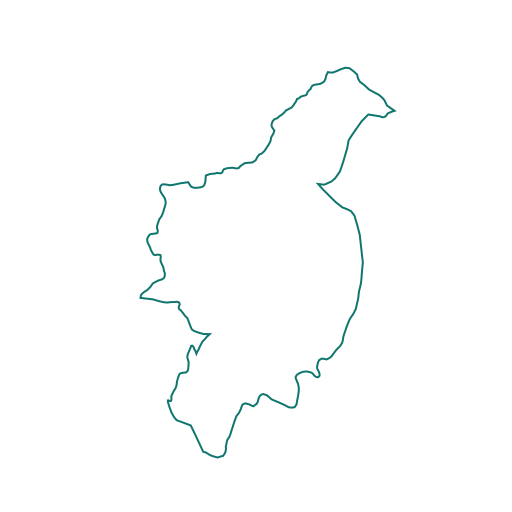 Coatepec, Puebla, Mexico (Mercator projection), rotated 194°
{"feature_id": "50627088B61937823223292", "entity_name": "Coatepec", "entity_type": "district", "adm_level": 2, "iso_a3": "MEX", "parent_name": "Mexico", "parent_adm1": "Puebla", "projection": "mercator", "projection_center": [-97.728, 20.055], "detail": "fine", "context": "isolated", "style": "outline", "palette": "teal", "viewbox_px": 512, "rotation_deg": 194, "n_neighbors": 0, "source": "geoboundaries", "source_scale": "gbopen_adm2", "svg_char_len": 5224}
<svg xmlns="http://www.w3.org/2000/svg" viewBox="0 0 512 512"><g transform="rotate(194 256 256)"><path d="M148.3,221.4L147.4,224.0L146.7,227.2L146.3,229.4L146.5,233.9L146.5,237.9L146.7,240.9L147.2,243.9L147.5,246.9L147.5,253.3L147.9,257.8L148.9,263.4L150.8,275.7L152.4,279.9L160.4,301.5L165.2,310.4L170.2,318.9L174.6,322.5L178.8,323.4L184.1,324.1L192.0,327.7L207.2,336.8L213.2,340.9L207.0,341.7L200.9,346.5L198.0,350.5L195.0,358.4L194.2,367.8L193.6,382.4L194.1,390.7L191.8,397.5L186.1,412.3L181.2,420.5L176.3,420.9L169.4,421.5L166.8,421.2L165.3,421.8L163.9,423.1L163.3,424.5L162.7,426.1L161.6,427.0L159.3,428.8L156.7,430.4L165.3,433.7L169.0,438.1L171.5,440.0L175.5,442.0L186.4,444.8L192.4,448.1L197.4,450.2L199.9,452.9L201.8,456.5L205.5,458.6L210.6,460.8L214.8,460.3L218.5,458.0L221.7,455.5L225.6,452.7L228.2,452.0L230.7,451.8L231.5,448.3L231.4,445.7L231.7,443.2L232.3,441.4L233.9,439.8L235.1,438.7L237.7,437.5L239.5,436.8L241.1,436.0L242.4,435.0L243.2,433.1L243.4,431.3L244.8,429.4L245.6,427.7L245.8,426.0L245.9,424.9L246.4,424.3L247.4,423.6L249.5,422.5L251.3,421.2L252.5,419.4L254.1,418.4L254.7,415.2L255.6,412.9L256.2,411.2L257.1,409.1L258.7,407.5L260.5,405.9L262.1,404.6L263.5,401.7L265.4,399.1L267.5,396.8L268.6,394.9L271.0,393.3L272.4,391.1L272.8,387.7L272.1,385.4L270.3,383.6L268.6,382.3L268.6,379.6L270.0,374.6L269.7,371.1L270.7,367.0L273.2,359.9L275.1,357.0L277.3,355.3L278.6,352.5L279.5,348.8L282.1,345.9L286.4,344.5L289.6,343.2L291.9,340.6L293.0,339.3L294.1,337.1L296.2,336.2L299.9,336.0L302.2,335.3L305.7,334.0L308.2,332.3L308.8,330.7L308.9,329.0L309.8,328.0L310.9,327.5L312.2,327.4L314.1,327.1L315.7,326.1L320.3,324.5L324.1,322.0L323.7,319.1L323.1,316.4L323.2,314.3L323.4,312.1L324.6,310.3L326.5,309.2L328.7,308.3L331.7,307.3L333.9,307.3L335.8,307.6L338.0,309.6L339.6,311.2L347.1,308.2L350.9,306.3L353.8,304.9L356.8,303.8L360.6,303.6L362.4,303.3L363.0,303.2L364.5,302.6L365.4,301.0L365.6,299.5L365.3,297.4L364.4,295.7L363.5,294.6L362.3,293.5L360.6,292.0L359.4,290.9L358.1,289.3L357.3,287.9L356.6,286.2L356.3,284.1L356.5,279.9L356.7,275.8L356.8,274.8L357.4,271.5L358.7,268.3L359.1,264.1L359.3,261.3L358.7,258.9L357.4,256.8L357.2,255.0L357.5,254.2L361.0,252.7L363.4,251.8L364.5,250.7L365.2,248.7L365.6,246.6L365.7,245.9L364.6,243.1L362.5,240.6L360.6,238.4L359.7,236.7L358.4,235.3L357.4,234.1L355.6,232.5L353.9,232.5L352.3,233.4L350.1,233.8L348.8,233.7L348.2,232.2L348.0,230.0L347.1,227.5L345.3,225.2L343.2,222.6L341.6,219.1L340.2,217.1L339.7,214.4L340.0,212.3L341.7,210.5L344.5,208.8L347.4,206.4L349.1,204.9L349.9,203.5L350.4,202.0L351.1,200.2L351.9,199.0L352.9,197.2L353.9,196.0L355.2,194.7L355.9,193.9L356.7,192.9L357.9,191.0L358.1,189.6L358.0,188.1L357.8,187.3L356.6,187.6L353.2,188.0L349.6,188.5L345.5,189.0L342.8,188.9L340.7,188.8L338.3,188.7L336.7,188.8L334.7,188.8L330.7,189.4L328.5,190.3L326.1,191.1L324.2,191.5L321.9,192.4L320.0,192.5L318.9,191.8L318.3,190.6L318.5,189.1L318.6,187.8L318.2,186.6L317.6,185.8L315.8,185.1L315.2,184.6L312.7,182.7L310.3,180.7L307.7,179.2L306.0,176.9L304.1,174.1L302.7,172.1L301.6,170.6L300.3,169.1L297.9,168.3L294.9,167.9L293.1,167.8L291.7,167.7L290.3,167.7L288.5,167.6L287.2,167.8L284.1,168.5L282.0,169.0L283.2,167.2L284.5,165.2L285.0,163.9L285.7,162.7L286.5,161.2L287.2,160.1L287.3,159.7L287.9,157.5L288.6,154.4L289.0,152.4L289.1,151.0L289.7,149.5L290.1,147.8L290.2,146.8L292.0,149.4L293.7,151.1L294.0,152.0L295.1,153.0L296.2,153.6L297.2,153.1L297.3,151.5L297.7,148.7L298.2,145.8L298.5,143.3L298.0,140.7L295.7,136.8L294.9,132.8L294.5,130.3L294.5,127.9L296.0,125.9L298.3,125.2L300.9,123.9L301.6,123.1L302.0,121.1L302.2,118.1L302.3,114.8L301.9,112.1L301.9,109.6L302.3,107.5L303.0,105.7L303.5,103.5L304.0,101.3L304.2,99.6L303.9,98.3L303.6,97.1L303.3,96.1L303.3,95.3L303.5,94.7L304.2,94.4L305.0,94.5L305.7,94.7L306.4,94.7L306.5,94.1L306.0,92.7L303.0,87.8L300.1,83.6L296.9,80.2L293.3,77.5L278.3,75.8L270.8,66.8L267.1,62.2L263.1,57.3L259.9,53.3L257.2,53.2L255.1,52.6L252.8,51.8L250.9,51.5L249.2,51.3L244.5,51.2L240.8,53.5L239.8,53.9L239.3,54.7L238.9,55.9L238.7,56.9L238.2,58.2L238.3,59.6L238.4,60.7L238.4,61.6L239.1,63.3L239.2,64.4L239.2,66.0L239.3,67.4L239.4,68.6L239.4,69.6L239.3,70.7L239.0,71.6L238.8,72.2L238.5,72.7L238.3,73.6L238.1,73.9L237.8,76.1L237.6,79.7L237.2,85.5L236.9,90.1L236.3,95.8L234.7,99.4L233.8,102.9L233.6,105.7L233.2,108.4L231.8,109.8L230.3,110.5L228.1,110.4L226.0,110.3L223.8,109.7L222.1,109.6L220.6,111.6L219.6,112.6L219.0,115.1L219.0,118.2L218.5,121.0L217.3,122.8L215.6,123.8L211.8,123.5L208.9,122.1L206.3,120.7L202.8,120.1L199.2,119.6L193.2,118.5L190.4,117.9L188.0,117.2L185.0,117.4L182.0,118.6L180.8,121.7L181.2,127.5L181.4,131.8L181.9,135.6L182.6,138.5L184.3,142.1L187.4,146.3L188.3,148.1L187.7,150.3L186.1,152.3L184.2,153.8L182.8,154.8L180.8,155.6L178.6,156.3L175.5,156.3L173.8,156.2L172.1,155.4L170.5,154.1L168.8,153.3L167.2,153.2L166.3,153.5L165.5,154.8L165.5,156.0L166.1,157.5L167.8,159.9L169.2,161.2L169.9,162.9L170.0,164.8L170.1,167.9L169.5,170.3L167.5,172.3L164.7,172.7L162.6,172.7L160.2,174.6L158.5,176.8L157.0,180.5L155.4,184.2L153.8,187.0L152.5,189.1L151.4,192.8L151.4,195.8L151.7,198.6L151.6,201.5L151.2,205.7L151.0,208.6L150.5,212.4L150.2,214.9L149.7,217.4L149.0,219.8L148.3,221.4Z" fill="none" stroke="#0f766e" stroke-width="2"/></g></svg>